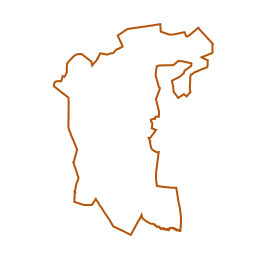 outline of Mērdzenes pag., Karsavas, Latvia, rotated 275°
{"feature_id": "27541924B39657659213866", "entity_name": "Mērdzenes pag.", "entity_type": "district", "adm_level": 2, "iso_a3": "LVA", "parent_name": "Latvia", "parent_adm1": "Karsavas", "projection": "orthographic", "projection_center": [27.72, 56.696], "detail": "fine", "context": "isolated", "style": "outline", "palette": "amber", "viewbox_px": 256, "rotation_deg": 275, "n_neighbors": 0, "source": "geoboundaries", "source_scale": "gbopen_adm2", "svg_char_len": 5065}
<svg xmlns="http://www.w3.org/2000/svg" viewBox="0 0 256 256"><g transform="rotate(275 128 128)"><path d="M163.4,50.4L163.1,50.7L157.9,58.5L153.0,66.1L148.8,66.6L134.0,67.8L133.8,67.9L129.5,68.1L128.8,68.3L128.3,68.2L124.3,68.5L122.7,68.8L120.4,69.8L119.2,70.5L114.8,72.5L110.5,74.9L108.9,75.7L101.9,79.2L88.6,76.8L88.6,76.7L78.9,81.0L77.8,81.4L74.0,83.1L71.4,82.5L68.7,81.6L65.2,81.1L63.3,81.0L60.7,80.6L59.8,80.1L59.5,80.5L59.4,81.0L58.7,81.2L57.9,80.6L49.8,81.0L48.8,84.9L48.1,87.9L47.5,90.6L48.1,98.6L49.8,99.5L50.1,99.7L54.4,102.1L54.0,102.3L53.4,102.7L53.0,103.2L51.5,104.5L48.2,106.8L46.6,108.3L45.5,109.2L42.9,111.0L38.4,114.7L37.9,115.2L34.5,117.8L31.0,120.3L28.7,121.9L26.9,126.7L24.8,132.6L21.7,140.0L22.6,140.5L36.5,146.5L38.9,147.9L42.5,149.1L40.5,149.8L39.9,150.0L39.4,150.3L39.1,150.6L38.7,151.1L38.6,151.3L38.4,151.6L38.2,151.9L38.2,152.0L38.0,152.3L37.8,152.5L37.5,152.9L37.4,153.2L37.2,153.4L37.1,153.8L36.8,154.2L36.7,154.6L36.0,155.4L35.9,155.5L35.9,155.8L35.6,156.8L35.4,157.2L35.1,157.9L34.7,158.8L34.6,159.4L34.6,160.6L34.7,161.2L34.7,161.5L34.4,161.9L34.2,162.1L34.2,162.3L34.3,162.7L34.1,163.1L34.1,163.3L33.4,163.3L33.1,163.5L33.2,164.1L33.1,164.4L32.4,165.0L32.0,165.5L31.9,165.7L32.1,165.8L32.5,166.3L32.5,166.6L32.5,166.9L32.3,167.7L32.1,167.9L31.9,168.2L31.3,168.2L30.7,168.8L30.5,169.2L30.2,169.8L30.4,170.0L30.9,169.8L31.0,169.8L30.9,170.0L30.8,170.3L30.5,170.7L30.5,171.1L31.1,171.3L31.3,171.5L31.2,171.9L31.2,172.5L30.3,172.7L30.2,172.7L30.1,172.9L30.1,173.2L30.0,173.8L30.1,174.0L30.3,173.9L30.5,174.3L30.5,174.5L30.4,174.6L30.2,174.9L30.1,175.1L30.5,175.4L30.7,175.5L30.8,175.7L30.8,175.9L30.7,176.0L30.2,176.0L30.0,176.3L29.6,176.9L29.6,177.0L29.8,177.0L30.0,177.2L30.2,177.7L30.6,178.1L31.0,178.1L31.6,177.9L31.9,178.0L32.0,178.2L32.0,178.3L31.9,178.8L32.0,179.0L32.1,179.4L32.1,179.9L32.2,180.2L32.4,180.8L32.4,181.2L32.4,181.3L32.2,181.3L31.9,182.0L31.8,182.5L32.0,182.8L32.0,183.3L31.8,183.6L31.6,183.6L31.4,183.5L31.3,183.4L31.3,183.1L31.2,183.1L31.2,183.7L31.2,184.1L31.2,184.4L31.2,184.8L30.8,184.8L30.6,184.8L30.2,185.1L30.1,185.3L30.8,186.1L31.0,186.5L30.8,187.1L30.6,187.1L30.4,187.2L30.2,187.5L29.9,188.3L29.9,188.6L29.9,189.0L30.0,189.1L37.2,189.1L44.6,188.4L51.6,186.9L54.6,186.1L57.3,185.3L59.5,184.5L66.8,182.8L72.6,181.3L72.7,181.2L72.6,179.8L72.4,177.6L72.3,173.2L72.7,161.9L74.7,161.4L78.8,160.5L79.9,160.4L83.9,160.0L86.4,159.9L94.7,160.2L106.7,160.7L106.4,159.5L106.3,159.1L106.9,157.2L107.9,155.4L108.9,153.7L109.0,153.6L110.6,152.5L111.3,152.4L116.0,151.1L116.5,151.4L120.0,149.4L120.2,150.7L120.2,150.9L120.7,151.3L125.1,154.1L125.5,154.3L126.9,155.1L128.6,156.1L128.7,155.4L128.9,154.4L129.9,151.6L130.4,151.8L135.1,151.9L136.4,150.4L137.9,150.2L138.2,150.1L138.4,150.5L139.3,152.5L139.5,152.7L139.4,154.0L141.7,154.5L141.8,155.6L141.9,157.7L147.0,157.5L159.4,153.3L160.8,153.8L161.0,153.9L161.7,154.1L163.2,154.5L163.6,154.6L168.1,155.9L170.6,156.3L171.5,155.2L182.8,150.9L185.0,150.9L188.0,151.1L188.4,151.0L191.9,151.3L192.1,151.7L192.4,152.1L193.0,153.5L193.5,158.1L194.3,165.3L194.6,167.6L195.7,168.9L199.2,172.2L199.2,174.3L199.1,177.6L198.3,182.9L198.0,185.4L197.6,185.7L195.9,185.4L195.6,185.3L195.4,185.5L194.4,184.6L190.2,179.5L187.1,178.6L184.1,175.5L182.7,173.8L179.0,167.6L178.7,167.6L173.2,169.4L168.1,170.2L167.2,171.0L164.1,173.9L162.3,175.4L166.6,180.7L165.8,181.8L164.6,183.7L165.4,184.2L167.6,185.8L169.1,187.1L170.2,186.7L170.5,186.7L172.8,186.1L175.8,186.0L182.5,185.8L183.9,185.4L186.7,186.1L186.5,186.4L186.6,186.5L189.2,189.3L189.3,189.5L189.8,190.5L190.5,191.7L190.4,191.8L191.8,194.4L192.0,194.6L193.4,197.4L193.5,197.4L193.8,198.0L194.3,199.4L195.5,201.7L198.0,201.8L199.6,201.7L199.8,201.6L200.0,201.6L202.4,201.6L203.6,198.3L204.1,196.8L204.9,195.1L207.6,200.7L207.7,200.8L210.2,205.6L218.2,204.9L218.4,204.9L219.0,205.3L228.8,194.7L229.0,194.3L233.0,190.1L233.6,189.7L234.0,189.5L233.7,188.9L233.3,188.5L231.1,186.4L225.9,181.3L225.8,181.1L225.6,180.8L225.4,180.7L225.1,180.2L224.4,179.0L224.5,178.6L224.5,177.9L228.3,176.1L228.2,175.4L227.8,173.9L226.8,170.7L226.7,170.5L225.1,164.9L224.9,163.8L224.6,161.4L224.8,160.7L226.8,152.3L226.9,152.2L233.1,151.3L234.2,151.3L234.3,151.1L232.3,143.2L230.3,134.9L228.7,128.1L228.5,126.9L226.5,118.7L219.2,109.7L208.8,115.6L207.5,113.9L206.5,112.3L206.3,112.0L206.0,111.2L205.3,109.9L204.3,108.9L201.2,106.6L200.9,104.3L200.6,103.7L200.5,103.4L200.1,102.6L199.3,100.7L199.3,100.4L199.3,100.2L199.4,99.6L199.5,99.2L199.5,98.8L199.6,98.3L199.6,97.6L199.8,96.4L199.8,96.1L200.0,94.2L199.9,93.7L199.1,93.6L194.9,91.7L194.8,91.8L194.7,91.6L194.4,91.5L192.4,90.6L192.1,90.5L191.9,90.3L191.8,90.1L190.8,89.4L190.7,89.3L188.4,87.6L187.2,86.9L190.9,85.8L197.6,75.4L197.6,74.4L197.5,73.7L197.4,72.7L196.8,70.4L195.5,68.5L194.0,67.0L193.9,67.0L191.7,65.2L191.0,64.7L190.8,64.5L190.5,64.4L190.4,64.2L190.2,64.0L187.0,61.7L180.8,61.8L180.8,62.0L178.3,62.2L175.0,61.0L173.5,60.2L173.9,58.8L174.0,58.4L168.7,57.3L168.6,57.1L168.7,54.6L168.7,54.3L168.6,54.1L168.0,52.0L166.6,50.7L163.4,50.4Z" fill="none" stroke="#b45309" stroke-width="2"/></g></svg>